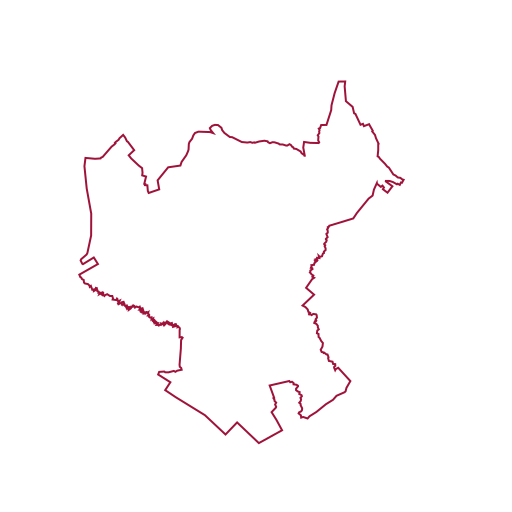 Ghizela, Timis, Romania (orthographic projection), rotated 333°
{"feature_id": "2599482B86350995908536", "entity_name": "Ghizela", "entity_type": "district", "adm_level": 2, "iso_a3": "ROU", "parent_name": "Romania", "parent_adm1": "Timis", "projection": "orthographic", "projection_center": [21.749, 45.838], "detail": "fine", "context": "isolated", "style": "outline", "palette": "rose", "viewbox_px": 512, "rotation_deg": 333, "n_neighbors": 0, "source": "geoboundaries", "source_scale": "gbopen_adm2", "svg_char_len": 6122}
<svg xmlns="http://www.w3.org/2000/svg" viewBox="0 0 512 512"><g transform="rotate(333 256 256)"><path d="M359.7,266.7L365.6,263.4L382.4,256.0L387.3,255.1L391.2,250.4L396.8,245.9L396.6,246.5L398.6,251.1L400.6,250.7L401.1,253.0L399.4,254.1L401.9,259.3L409.2,255.8L405.5,248.5L405.8,248.1L409.1,249.8L411.6,252.3L414.1,256.1L415.0,255.9L416.4,257.9L418.5,256.3L419.3,257.0L422.1,255.1L421.0,254.0L420.1,251.9L418.0,250.4L416.9,247.7L415.4,245.7L414.5,237.5L413.5,235.9L412.8,232.4L410.6,225.5L410.4,223.6L409.6,222.4L413.0,217.1L415.8,211.6L416.2,211.6L416.4,205.4L417.0,202.1L416.1,197.8L416.9,197.4L416.6,191.3L416.6,189.9L411.1,189.3L411.3,186.8L408.7,186.5L409.1,174.5L408.2,173.4L409.8,167.0L406.4,158.9L412.0,145.1L414.7,141.0L408.8,138.1L400.0,146.6L391.7,156.0L389.2,160.2L378.3,171.2L373.5,168.9L371.2,171.1L369.8,171.0L369.8,172.7L368.8,173.7L368.3,175.2L365.8,176.5L365.9,177.9L363.9,181.2L363.9,183.4L363.1,183.8L355.7,179.8L350.6,176.2L347.3,180.9L344.9,189.0L344.5,189.4L344.9,188.2L343.3,185.1L343.2,183.1L340.5,178.9L338.5,177.5L338.5,176.0L337.8,175.1L337.5,173.0L336.6,171.6L334.1,171.8L333.0,171.3L330.5,168.8L327.7,167.3L327.2,166.1L324.1,163.1L322.4,162.1L319.6,161.8L318.4,160.1L318.4,159.1L315.8,157.1L310.8,155.4L306.4,154.6L306.1,154.0L304.2,153.5L302.6,151.9L299.8,151.0L295.1,148.0L288.7,139.3L286.7,138.1L283.7,132.0L283.0,128.5L283.4,126.0L283.1,125.4L281.6,122.1L278.9,120.5L276.0,120.1L272.9,121.1L272.8,123.2L273.6,127.0L271.3,124.7L261.2,119.1L257.5,118.7L254.9,120.1L252.3,122.5L248.4,124.3L247.0,125.7L244.2,130.6L242.9,131.9L239.6,134.6L232.4,138.4L229.7,141.1L218.0,137.1L202.7,143.9L200.0,152.7L189.0,151.1L189.2,148.8L191.3,143.7L189.3,142.5L190.0,141.7L189.2,141.0L194.1,135.3L191.2,132.5L192.7,130.3L194.4,126.0L192.6,122.2L189.1,112.5L188.3,108.5L195.5,106.4L193.7,96.2L193.1,95.2L193.2,91.1L192.6,87.8L187.8,89.1L186.3,90.1L182.7,90.7L181.7,91.1L181.9,91.8L180.6,92.3L177.0,93.0L164.4,98.1L162.6,98.0L161.8,98.5L156.7,96.3L148.6,91.2L143.9,98.1L135.8,119.0L128.4,143.5L118.4,162.9L107.1,176.8L105.7,177.8L98.7,179.5L97.7,180.4L97.7,184.1L98.1,184.7L110.8,183.7L111.5,191.4L90.1,192.4L89.9,195.1L90.5,195.8L90.5,197.6L91.6,199.1L90.7,201.6L91.1,202.8L93.5,204.7L94.2,206.8L93.9,208.0L95.3,207.7L94.8,211.8L96.5,212.2L95.7,213.6L97.6,213.5L98.9,211.8L99.6,212.5L99.0,213.3L99.2,214.3L98.7,215.2L99.6,216.3L98.9,217.2L100.3,217.9L99.1,218.9L101.5,218.8L101.7,219.2L100.9,220.0L101.2,220.6L102.3,218.7L102.9,218.7L103.2,219.3L102.2,221.3L102.8,222.8L103.7,222.3L106.1,222.5L107.7,225.3L109.8,226.4L109.3,228.9L108.5,229.7L111.6,231.9L112.8,230.9L113.0,231.6L112.4,232.7L112.6,233.9L114.3,233.9L112.9,235.1L111.5,235.5L111.5,236.5L113.9,236.5L114.5,236.8L114.6,237.6L115.4,236.3L117.2,236.7L117.0,238.3L115.5,239.0L116.8,239.5L116.4,240.2L116.6,240.9L118.5,241.4L118.3,242.4L117.1,242.7L117.1,244.6L119.6,243.7L120.0,244.0L118.4,246.2L120.8,245.8L121.8,244.5L123.0,245.3L123.7,244.2L124.3,244.3L125.0,245.5L124.8,247.0L126.6,246.8L128.3,248.6L129.4,248.4L129.1,250.3L128.1,250.8L130.1,251.4L130.4,250.8L131.2,251.0L130.9,252.9L128.0,252.7L127.9,253.3L128.8,254.6L130.3,254.7L129.6,256.2L130.3,256.3L131.1,255.4L131.5,255.7L131.3,256.9L133.0,256.2L133.4,256.5L133.3,257.4L134.5,257.2L133.7,258.2L134.1,259.6L132.7,260.1L133.6,260.8L133.1,261.7L133.6,262.7L135.1,263.2L134.0,265.2L136.1,265.0L134.9,266.8L136.4,267.0L136.5,267.6L135.0,268.2L134.9,268.9L137.1,269.2L137.4,270.1L136.2,270.5L138.0,271.3L136.2,272.3L137.3,272.8L137.8,273.8L138.8,273.3L139.9,274.2L140.8,273.0L141.6,274.1L142.4,273.7L142.5,275.1L143.8,273.6L144.1,274.6L143.5,275.8L144.5,275.5L145.1,274.2L145.8,274.4L146.6,275.6L146.6,274.1L147.1,273.8L148.5,276.2L148.1,276.9L147.3,277.1L147.6,277.7L148.3,278.1L149.2,277.3L150.6,277.5L150.2,278.8L149.3,279.2L149.8,279.9L151.2,280.0L150.1,281.5L152.2,281.9L152.0,280.8L153.1,280.0L153.7,280.4L153.3,281.9L154.4,282.7L153.7,283.8L154.7,283.9L155.3,285.2L155.1,286.5L154.4,287.2L151.0,293.8L153.1,294.6L153.5,295.5L151.1,296.9L147.0,304.4L138.5,318.2L137.8,320.1L138.5,321.8L138.1,323.6L133.7,322.4L131.6,322.6L130.6,321.1L125.1,319.9L122.3,318.4L121.8,317.3L117.1,315.3L115.0,317.2L122.4,329.6L114.2,334.3L120.4,345.4L138.2,374.6L147.8,401.2L163.6,395.7L173.6,424.0L200.1,423.1L199.8,411.2L199.0,402.2L204.9,400.1L205.5,399.5L205.6,397.0L207.4,395.8L206.7,393.6L207.2,392.4L207.0,390.6L207.8,390.6L209.4,377.6L228.9,382.5L229.2,384.0L231.0,384.4L231.8,386.3L231.2,387.4L233.6,389.1L234.5,390.6L234.3,391.2L231.5,392.4L230.8,393.7L231.7,395.6L233.1,397.1L231.9,398.6L233.4,400.7L233.2,401.8L231.2,402.6L231.2,404.0L230.0,405.5L227.9,406.4L228.6,408.1L228.0,409.3L228.0,412.6L227.1,414.1L225.8,414.9L223.3,414.9L222.5,415.6L223.7,418.3L222.9,420.5L224.9,420.8L228.2,424.2L230.9,423.1L238.9,422.4L251.1,419.8L259.3,419.1L264.3,417.1L273.1,417.6L274.4,417.2L276.8,414.5L283.3,410.3L278.5,392.9L275.7,393.0L274.7,393.7L274.9,390.9L275.5,390.1L276.8,389.9L277.5,388.3L275.7,387.2L276.2,384.9L273.3,382.6L273.9,379.7L274.5,379.4L274.8,378.3L275.0,376.2L274.1,375.7L272.9,373.1L272.2,373.1L272.0,372.1L270.9,371.3L271.1,368.9L274.1,366.9L276.1,363.9L275.5,361.2L275.5,357.8L275.0,356.6L276.3,353.8L275.2,352.5L276.8,350.2L278.6,349.9L278.7,347.7L279.4,346.2L279.0,344.0L277.5,342.1L278.8,340.9L279.6,341.4L280.4,341.0L280.4,339.4L282.3,338.6L283.2,336.2L283.1,335.3L280.7,333.6L278.7,333.9L278.2,332.8L276.8,332.2L276.8,331.7L278.3,331.1L277.3,329.5L277.8,327.1L276.9,324.0L275.0,321.3L290.2,316.8L286.2,307.1L295.5,302.1L297.9,301.8L296.8,300.1L298.2,299.4L297.2,297.6L296.6,295.1L297.2,294.9L297.8,293.6L300.4,293.3L300.6,292.4L299.5,291.5L300.9,290.3L301.2,289.3L303.7,290.2L304.7,288.9L306.2,288.6L306.3,287.3L308.0,288.1L308.9,287.6L308.7,286.7L307.8,286.6L307.5,286.0L308.9,286.2L309.6,285.3L311.5,286.6L312.0,284.5L312.4,285.7L314.7,286.2L316.7,284.2L317.9,284.2L318.5,282.9L320.7,282.3L321.5,280.7L321.6,278.4L322.6,277.8L322.1,276.5L322.4,276.0L325.0,275.2L326.2,274.0L325.8,273.0L326.0,272.5L328.4,271.7L328.7,268.3L330.5,267.8L331.3,266.2L331.5,264.5L332.5,264.2L333.1,262.9L333.8,263.2L335.0,262.3L359.7,266.7Z" fill="none" stroke="#9f1239" stroke-width="2"/></g></svg>